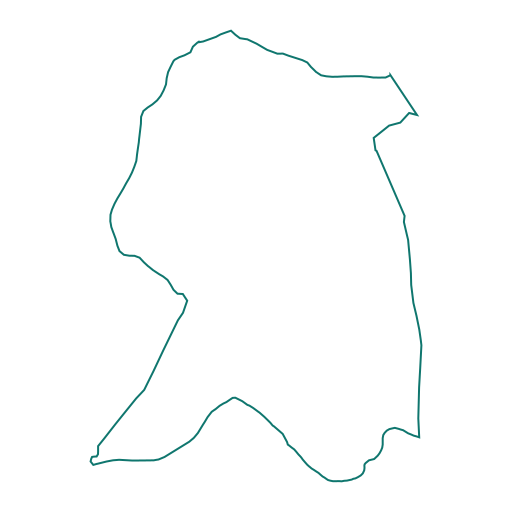 the district of Maswar, Hajjah, Yemen
{"feature_id": "15242507B94987708240624", "entity_name": "Maswar", "entity_type": "district", "adm_level": 2, "iso_a3": "YEM", "parent_name": "Yemen", "parent_adm1": "Hajjah", "projection": "natural_earth1", "projection_center": [43.687, 15.597], "detail": "fine", "context": "isolated", "style": "outline", "palette": "teal", "viewbox_px": 512, "rotation_deg": 0, "n_neighbors": 0, "source": "geoboundaries", "source_scale": "gbopen_adm2", "svg_char_len": 3249}
<svg xmlns="http://www.w3.org/2000/svg" viewBox="0 0 512 512"><path d="M247.3,39.3L245.6,39.1L239.9,38.2L235.3,34.7L231.3,31.0L231.0,30.7L226.0,32.4L220.5,34.4L215.8,37.0L215.4,37.1L203.1,41.5L198.4,42.3L198.4,42.0L197.3,42.7L192.9,46.7L190.4,52.3L184.5,55.3L179.3,57.2L174.6,59.8L174.1,60.4L173.4,61.2L172.6,62.8L170.6,66.8L168.1,72.1L166.7,78.1L166.0,84.4L163.6,90.4L160.7,95.9L157.1,100.4L152.4,104.4L147.7,107.5L143.4,111.0L141.1,116.8L140.9,123.8L140.2,129.8L139.5,135.8L139.1,139.0L138.8,142.4L137.9,148.4L137.0,154.8L136.8,156.8L136.3,161.0L134.3,166.8L132.0,172.5L129.2,178.1L126.2,183.2L125.0,185.4L123.4,188.4L120.5,193.3L117.4,198.4L114.6,203.6L112.0,209.6L110.5,214.7L110.3,221.3L110.8,224.0L111.3,227.0L113.2,232.3L113.6,233.3L115.7,239.0L117.4,245.7L119.5,251.1L123.9,254.8L129.3,255.7L134.0,255.8L134.5,255.8L139.6,257.7L143.8,262.2L144.0,262.4L148.1,266.2L148.7,266.6L153.1,270.2L158.0,273.4L159.2,274.2L163.0,276.4L167.6,280.0L170.7,284.8L173.5,289.8L177.5,293.7L182.8,294.0L187.2,300.7L183.0,312.8L177.9,320.3L163.4,350.1L153.4,371.3L148.4,381.4L144.2,389.9L136.2,398.4L123.1,414.6L115.3,424.3L104.3,438.4L98.1,446.1L98.1,451.3L98.0,454.2L96.6,456.5L94.2,456.6L92.1,456.9L91.3,458.6L91.1,459.3L90.6,461.5L93.3,464.9L96.8,463.9L97.4,463.8L106.6,461.5L113.0,460.3L119.1,459.8L131.5,460.5L139.1,460.5L149.3,460.4L153.9,460.3L156.0,459.9L158.5,459.5L164.5,457.0L189.3,441.7L193.9,437.8L197.9,433.0L203.0,424.6L204.5,422.3L207.6,417.1L211.7,411.8L215.1,409.4L215.3,409.4L215.5,409.2L219.0,406.3L219.6,405.8L223.4,403.5L226.4,402.1L229.9,399.7L232.6,397.9L235.2,397.7L235.5,397.8L242.3,401.2L247.4,404.9L249.4,405.6L253.2,408.0L258.6,412.0L259.4,412.5L264.4,416.9L270.3,422.7L272.7,425.6L273.9,426.3L279.0,430.7L282.7,433.9L287.1,442.1L287.8,444.6L288.1,444.8L289.0,445.4L291.6,447.5L294.2,449.4L296.2,451.7L298.4,454.4L300.6,456.7L301.8,458.2L302.6,459.4L305.0,462.2L307.2,464.7L309.3,466.6L309.5,466.7L311.6,468.5L313.9,469.9L316.1,471.4L318.5,472.9L320.5,474.7L322.6,476.5L324.7,477.7L325.2,478.1L327.8,479.9L328.3,480.1L330.4,480.7L333.0,481.2L336.0,481.2L338.9,481.1L341.7,481.3L344.1,480.8L347.0,480.6L349.7,480.0L351.7,479.6L353.3,478.8L355.4,478.4L357.8,477.2L358.0,477.1L360.8,475.4L362.8,473.4L364.2,470.4L364.5,468.0L364.4,465.2L364.7,464.2L365.7,463.0L369.0,460.3L373.1,459.3L374.2,459.0L377.7,455.7L379.5,453.3L381.1,450.4L382.2,447.7L382.7,444.6L382.7,441.3L382.7,438.1L383.3,435.0L384.7,432.8L386.8,430.6L389.4,429.1L391.9,428.5L394.6,427.9L395.0,427.9L398.8,428.9L400.6,429.5L403.1,430.2L405.7,431.8L408.1,433.3L411.4,434.6L413.6,435.6L416.5,436.4L419.2,437.3L418.3,418.4L419.1,387.4L420.2,368.2L421.4,345.3L420.8,340.2L419.3,329.7L416.5,315.9L413.4,302.9L411.2,285.0L410.9,273.1L409.9,259.3L408.1,239.9L406.9,234.9L403.9,222.0L404.6,215.9L377.4,152.8L376.5,150.8L375.5,150.3L373.7,137.9L389.1,125.6L400.3,122.6L409.1,113.0L417.0,115.0L390.4,75.1L390.4,75.3L385.6,77.5L384.7,77.5L379.2,77.6L373.2,77.5L367.4,76.7L361.5,76.2L355.4,76.2L349.6,76.3L343.7,76.4L338.0,76.7L332.2,76.8L326.3,76.3L325.8,76.2L321.1,75.3L316.1,72.0L314.1,70.0L310.9,66.9L307.3,62.5L302.3,60.1L288.5,55.7L282.9,53.6L277.4,53.7L272.1,51.7L267.2,49.9L261.7,46.7L256.6,43.7L251.5,41.3L247.3,39.3Z" fill="none" stroke="#0f766e" stroke-width="2"/></svg>